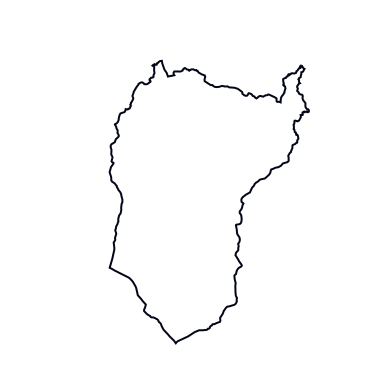 Murillo, Tolima, Colombia, rotated 285°
{"feature_id": "7082276B68710011188416", "entity_name": "Murillo", "entity_type": "district", "adm_level": 2, "iso_a3": "COL", "parent_name": "Colombia", "parent_adm1": "Tolima", "projection": "albers", "projection_center": [-75.145, 4.827], "detail": "fine", "context": "isolated", "style": "outline", "palette": "ink", "viewbox_px": 384, "rotation_deg": 285, "n_neighbors": 0, "source": "geoboundaries", "source_scale": "gbopen_adm2", "svg_char_len": 6090}
<svg xmlns="http://www.w3.org/2000/svg" viewBox="0 0 384 384"><g transform="rotate(285 192 192)"><path d="M41.7,215.5L42.7,215.9L44.3,217.0L51.5,225.6L57.4,230.9L60.3,234.7L61.2,238.2L62.7,241.9L63.5,242.7L64.1,242.8L64.5,243.8L65.1,244.3L66.8,244.4L67.5,244.9L68.2,245.7L69.4,246.0L70.0,247.0L70.1,247.8L71.8,249.7L73.8,252.6L75.1,252.7L77.1,251.9L78.1,251.8L82.2,253.2L85.4,253.5L89.2,254.9L90.4,255.8L91.2,257.6L93.8,261.8L94.9,262.9L96.3,263.4L98.1,263.6L99.2,263.1L101.3,262.8L103.1,261.2L106.6,259.9L112.3,258.2L115.5,257.7L118.4,256.0L121.7,254.7L122.7,254.7L124.1,255.7L127.4,255.6L129.6,256.2L131.3,257.2L132.1,258.3L133.0,259.0L133.9,259.2L134.9,258.3L137.1,255.6L139.4,253.4L142.1,250.4L144.6,250.2L147.6,251.7L148.5,251.6L149.6,251.2L151.8,251.1L153.8,250.0L156.0,250.7L157.4,250.7L158.5,250.5L160.3,249.7L163.2,246.5L168.1,244.6L171.0,243.1L171.7,243.1L171.9,243.3L172.7,245.2L173.6,246.6L174.6,247.2L175.8,247.4L178.7,247.0L180.8,246.2L182.5,245.4L184.0,243.6L185.0,243.2L186.1,243.3L187.9,244.1L189.2,244.3L190.3,244.4L192.0,244.2L194.2,244.7L195.3,242.4L197.2,241.7L198.5,241.7L200.2,242.4L203.4,244.8L206.6,248.1L209.9,248.6L212.2,249.1L213.7,250.1L215.9,250.5L217.4,251.3L219.5,253.2L221.0,254.0L221.8,254.8L223.9,258.9L228.3,261.8L229.8,262.4L231.0,262.7L233.3,262.5L234.3,262.7L235.0,263.9L237.1,266.4L238.4,269.1L240.5,271.2L243.1,272.4L245.4,276.2L246.6,277.2L247.5,277.2L250.3,276.4L251.9,275.6L254.8,276.3L256.3,277.3L256.9,277.1L260.3,277.6L263.0,277.0L263.5,277.2L265.1,279.3L266.6,280.1L266.7,280.6L267.2,280.8L269.2,280.3L270.8,280.9L271.3,280.9L274.0,279.5L274.6,278.9L274.5,278.4L274.2,278.2L274.2,277.9L276.3,276.9L276.3,276.1L276.6,275.7L278.6,274.8L278.9,274.5L279.1,273.9L280.2,273.9L282.1,273.3L283.2,272.7L283.8,273.0L285.1,273.1L286.3,272.7L287.0,272.6L287.4,272.7L287.7,273.4L287.7,274.9L287.5,275.5L288.7,276.9L292.5,277.8L294.5,277.0L294.8,277.7L294.9,278.7L295.2,279.0L296.1,278.8L296.9,278.2L297.7,278.4L297.8,278.9L298.7,279.5L298.3,280.4L298.8,280.7L299.0,281.4L299.6,282.0L299.5,282.4L299.0,282.8L299.1,283.4L299.8,284.0L300.6,284.0L301.9,283.0L301.9,281.4L303.1,279.9L304.3,279.3L307.2,278.6L309.6,275.4L311.4,274.4L313.2,274.2L314.0,273.8L314.5,272.9L314.3,271.6L314.8,269.8L315.7,269.4L316.9,267.4L319.3,267.5L320.4,266.5L321.6,266.2L323.4,267.0L324.3,267.1L325.0,268.1L325.4,267.5L326.4,266.7L327.6,266.5L328.4,265.6L329.0,266.0L329.8,266.0L330.7,267.0L331.3,267.3L332.7,267.0L334.0,267.1L336.0,266.6L336.5,267.6L337.2,268.1L340.0,268.8L340.2,267.8L341.0,267.1L341.2,266.4L342.2,265.7L342.3,264.7L341.7,264.6L341.4,263.9L340.6,263.9L340.0,264.6L339.5,264.2L339.3,263.4L338.9,263.2L338.4,263.2L337.6,262.7L336.6,262.5L335.6,261.6L334.2,261.7L333.8,261.5L332.9,260.0L332.6,257.8L332.0,257.0L331.6,257.0L331.0,256.5L331.0,255.6L330.2,255.7L330.3,254.8L329.6,254.8L329.5,254.4L329.1,254.2L328.4,254.4L327.5,253.3L326.5,253.2L326.0,252.2L324.8,250.9L324.2,250.9L321.8,251.8L321.0,252.4L320.1,252.7L319.5,252.7L319.4,252.4L319.0,252.4L318.6,253.0L318.7,253.5L318.2,253.9L318.0,254.6L315.9,255.5L313.4,255.3L311.9,255.6L311.4,255.2L310.2,255.1L307.3,253.8L306.1,253.7L304.9,253.7L301.5,254.4L301.7,253.0L301.2,251.2L301.3,250.6L301.8,250.1L304.1,249.5L304.5,248.8L304.8,248.0L306.0,241.4L305.9,240.4L305.0,239.6L304.4,238.0L302.5,236.1L302.5,233.4L302.0,232.2L299.1,230.1L299.4,228.8L300.4,227.6L300.5,225.9L301.9,224.2L302.2,221.5L302.0,221.1L299.9,220.6L299.2,220.1L298.9,219.5L298.9,217.5L300.0,215.2L301.3,214.8L301.8,214.1L303.5,209.6L303.7,206.1L302.7,200.8L303.2,199.0L302.4,196.4L302.3,193.6L300.6,191.0L299.6,188.3L299.5,186.7L299.7,185.5L300.6,184.0L300.1,182.7L300.3,181.8L302.3,175.6L303.1,175.2L303.8,175.0L307.0,174.9L307.5,174.2L307.9,174.1L308.1,171.3L309.1,167.4L310.5,166.0L310.3,165.1L310.9,164.5L310.4,163.5L310.8,161.4L310.2,159.5L309.3,158.7L309.2,158.0L308.5,157.8L309.2,156.6L309.0,155.4L309.7,153.9L309.9,153.1L309.8,152.8L309.4,152.4L308.3,152.0L307.9,151.4L306.9,151.5L305.8,150.3L305.3,149.4L303.9,143.8L303.7,143.6L302.4,143.3L301.0,143.9L300.2,144.7L297.3,138.9L300.5,136.7L303.2,133.6L308.5,130.0L310.9,128.9L310.5,128.2L310.3,127.4L309.0,126.2L308.0,125.8L307.8,125.3L306.9,124.7L306.0,125.0L305.4,124.0L305.7,122.8L304.8,122.7L304.5,122.1L304.7,121.6L303.8,121.1L303.2,123.1L300.0,123.8L297.1,125.0L295.1,124.6L293.0,125.0L292.1,123.8L291.7,122.8L290.5,122.3L289.9,121.8L289.1,122.0L288.3,123.3L287.3,123.2L286.5,122.2L285.8,121.9L284.5,120.6L284.1,119.7L283.9,117.9L284.6,117.1L285.0,115.3L284.6,114.4L282.7,112.4L281.9,112.5L279.3,111.3L278.8,111.3L277.6,110.8L277.0,110.8L276.3,110.4L275.6,110.4L273.6,109.7L272.8,109.9L269.3,109.6L267.4,111.0L266.0,111.1L265.3,110.8L263.8,110.6L262.4,109.9L261.3,110.2L260.4,109.8L259.3,110.7L258.4,110.3L257.4,110.4L256.6,110.1L255.9,109.0L255.6,109.1L255.4,108.8L254.9,108.1L254.9,106.5L252.7,106.5L251.7,106.1L249.4,102.6L247.3,102.1L243.9,102.2L242.8,102.5L240.6,102.3L238.7,101.4L237.4,100.0L237.0,100.2L236.3,101.0L235.3,101.9L233.6,102.8L232.6,104.0L232.1,104.3L230.0,104.7L229.4,105.0L228.5,106.0L227.3,106.8L226.3,106.7L223.3,104.8L220.1,104.5L217.2,101.8L215.9,101.5L214.3,101.8L211.9,103.3L207.3,104.3L205.8,105.7L204.8,106.3L201.0,106.3L200.2,107.0L199.9,108.5L199.7,108.7L198.9,108.7L195.0,107.3L189.8,107.3L185.4,110.1L182.2,111.1L181.4,112.0L180.3,115.1L178.8,117.0L178.5,117.7L177.2,118.2L176.4,119.2L174.6,120.8L173.0,123.1L172.1,123.6L171.5,124.2L170.2,124.7L166.9,126.6L164.4,127.4L162.4,127.1L159.2,127.5L156.4,128.3L155.0,128.5L152.6,128.5L150.6,127.7L147.4,127.7L145.5,128.1L144.4,128.6L143.5,128.3L141.6,128.3L139.3,127.7L136.9,127.9L135.0,127.8L132.8,129.3L131.8,129.7L127.7,129.5L126.1,130.2L125.2,130.2L123.0,129.4L117.8,131.5L116.0,131.9L107.0,132.3L97.5,132.1L97.1,134.2L96.0,138.2L92.9,153.2L91.7,155.6L90.0,158.1L86.2,161.9L84.7,163.0L78.2,166.4L75.7,170.3L74.0,172.4L71.4,176.5L68.9,176.6L65.8,176.2L64.5,176.6L62.2,180.5L61.4,183.6L60.7,184.3L60.4,185.2L60.8,186.8L60.8,187.9L60.0,191.6L59.3,192.6L58.0,193.5L56.9,195.8L54.5,197.5L51.6,200.2L48.2,205.7L46.5,208.1L43.8,213.0L41.7,215.5Z" fill="none" stroke="#020617" stroke-width="2"/></g></svg>